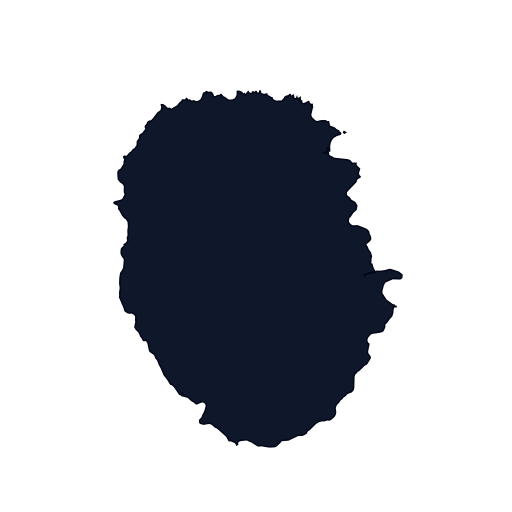 Aneityum, Tafea, Vanuatu (Mercator projection), rotated 239°
{"feature_id": "77236927B63418931336998", "entity_name": "Aneityum", "entity_type": "district", "adm_level": 2, "iso_a3": "VUT", "parent_name": "Vanuatu", "parent_adm1": "Tafea", "projection": "mercator", "projection_center": [169.832, -20.195], "detail": "fine", "context": "isolated", "style": "filled", "palette": "ink", "viewbox_px": 512, "rotation_deg": 239, "n_neighbors": 0, "source": "geoboundaries", "source_scale": "gbopen_adm2", "svg_char_len": 6133}
<svg xmlns="http://www.w3.org/2000/svg" viewBox="0 0 512 512"><g transform="rotate(239 256 256)"><path d="M274.3,386.2L277.4,389.6L282.1,388.3L282.8,388.6L283.9,389.5L286.3,385.7L287.9,385.8L289.5,385.4L291.0,384.3L299.7,372.9L301.5,372.2L303.3,370.8L304.6,370.4L306.3,370.2L306.7,371.0L307.4,371.2L308.4,370.0L309.0,367.5L309.7,366.5L308.8,371.5L309.1,371.8L311.6,372.5L310.4,373.1L308.2,372.8L308.1,373.2L312.6,375.7L315.5,378.3L317.5,381.8L317.9,383.4L317.9,387.0L317.0,390.9L317.3,391.6L318.3,391.7L319.3,391.1L320.6,391.3L323.1,389.7L325.1,389.2L330.0,385.6L331.3,386.5L333.7,387.3L334.5,385.4L335.6,385.6L336.9,384.1L338.4,381.2L339.6,377.5L340.1,376.9L342.1,375.8L344.0,375.5L344.4,375.0L346.9,374.9L349.0,375.5L355.0,381.4L355.8,381.2L356.4,382.0L357.0,382.3L357.2,382.1L357.1,380.8L358.3,380.9L358.9,380.3L360.7,380.7L361.4,380.5L361.5,377.1L362.0,375.3L362.9,374.1L363.3,374.0L365.5,374.9L366.3,373.4L367.2,374.5L369.1,375.4L368.7,373.6L369.5,373.4L369.9,372.3L370.9,372.7L370.1,371.5L370.6,370.5L371.8,369.8L372.8,370.1L372.7,369.1L373.1,369.0L374.2,370.7L374.6,370.8L374.7,368.6L375.8,367.7L376.6,368.5L376.9,368.3L376.6,366.1L377.2,364.8L376.4,364.3L376.3,363.7L377.4,363.1L376.4,361.3L375.5,358.3L375.6,357.5L378.4,352.7L380.2,351.4L381.6,350.9L383.4,351.2L384.3,350.2L385.7,349.7L386.5,348.9L388.2,348.4L389.4,348.6L390.0,346.4L392.2,344.0L393.7,343.9L394.9,344.6L395.4,344.5L395.3,344.0L394.0,343.2L393.9,342.6L394.8,341.0L395.8,340.6L396.6,340.9L397.0,340.7L396.9,338.4L398.2,338.0L398.4,337.6L397.4,336.2L397.4,335.7L399.3,333.9L400.8,333.9L399.5,330.3L399.5,329.3L401.2,329.7L401.3,328.0L401.7,327.7L403.3,328.1L405.0,327.1L406.5,325.5L406.7,324.9L406.2,324.4L404.4,323.5L402.9,322.0L401.4,319.3L401.6,316.4L402.7,314.0L404.3,312.2L407.9,310.9L408.9,309.9L412.4,309.2L412.5,308.8L412.1,308.1L413.3,305.5L413.2,303.4L414.1,302.0L414.7,301.8L417.4,302.2L419.2,301.9L420.0,301.1L420.5,299.5L422.5,298.1L422.4,297.5L421.5,296.8L422.4,295.8L422.5,294.8L420.8,293.1L418.4,289.8L418.0,286.8L419.0,284.0L420.1,283.0L421.0,282.7L421.7,280.5L423.9,279.4L424.1,278.4L424.4,278.1L426.7,277.6L426.2,275.5L426.3,274.9L427.5,273.7L427.6,273.1L426.7,272.2L426.5,269.8L425.1,266.0L425.2,258.5L427.0,258.1L427.6,256.7L428.7,255.6L431.4,255.2L433.5,254.2L434.4,253.0L434.3,252.6L433.2,252.6L432.0,252.0L429.4,249.5L429.3,245.8L426.5,238.9L425.7,236.0L426.5,233.6L426.3,232.1L425.1,230.6L424.3,228.2L423.7,227.6L421.7,227.3L421.2,226.8L420.2,223.9L419.6,223.4L419.2,218.6L416.9,216.9L415.9,215.2L415.4,213.5L411.7,210.9L411.2,209.3L410.5,208.3L410.3,205.5L409.4,203.4L409.1,200.5L407.9,197.0L408.1,196.0L409.3,194.6L409.2,193.8L408.0,193.3L407.3,193.6L406.4,193.6L404.9,191.8L402.6,190.3L399.9,185.1L400.0,182.6L399.3,181.3L398.0,180.3L392.8,177.6L389.5,178.0L386.6,179.3L383.9,179.5L378.6,176.2L376.1,175.7L373.7,171.9L373.1,170.3L373.4,168.2L375.1,162.7L374.7,161.6L373.4,162.0L370.7,164.1L367.6,163.3L367.3,162.7L367.0,162.6L365.6,162.9L359.6,162.6L355.9,163.3L355.0,164.1L351.1,164.1L346.9,162.0L343.7,159.4L339.4,157.1L337.8,155.1L335.1,154.0L333.8,151.7L333.6,148.8L332.4,148.6L331.6,144.7L330.3,143.5L327.9,141.9L326.6,141.6L324.8,141.4L321.7,141.7L320.4,141.3L313.8,136.5L312.2,134.0L311.0,131.3L307.6,128.4L302.6,125.1L298.4,123.3L294.5,120.1L292.4,119.1L290.8,117.9L279.2,116.3L277.0,115.6L275.9,115.7L273.5,116.9L272.2,118.2L271.6,119.9L270.2,121.0L268.6,121.8L267.3,122.0L265.7,121.7L262.9,119.8L261.7,119.5L257.4,115.6L254.5,115.6L251.6,116.4L248.9,116.4L246.8,115.9L244.8,116.2L241.7,116.0L241.1,116.7L240.9,117.7L240.3,118.1L239.2,118.6L237.3,118.7L229.7,116.1L228.7,116.1L223.7,118.3L220.1,117.7L217.6,118.1L212.6,117.3L208.4,117.1L201.4,116.1L195.6,116.8L190.2,116.8L188.9,117.9L186.0,118.8L176.8,119.3L175.9,120.2L176.5,121.7L176.2,122.6L175.7,122.2L175.5,120.5L174.8,120.3L170.1,124.9L165.0,126.5L162.5,127.9L160.3,128.5L159.8,129.0L159.3,133.1L158.6,135.4L157.1,136.4L155.4,136.9L153.3,136.5L149.7,132.9L147.7,130.1L147.2,129.0L145.2,126.5L144.3,123.2L142.5,122.2L141.4,122.1L138.9,124.4L136.8,129.8L134.7,131.6L130.4,133.0L128.9,134.1L126.2,135.1L116.6,138.0L111.7,137.8L111.1,138.4L110.8,139.3L107.0,142.0L106.4,142.3L103.9,142.2L104.1,143.2L105.1,143.7L106.1,144.7L106.2,146.3L105.8,148.1L103.4,153.1L102.2,154.4L100.7,155.1L99.5,156.3L92.2,160.0L90.6,163.1L85.6,169.0L83.1,173.6L82.8,175.6L83.9,180.5L84.6,182.2L84.6,183.1L81.7,188.9L80.7,199.5L78.5,203.6L78.2,206.4L78.4,208.0L79.3,209.2L79.7,210.4L79.8,212.5L81.8,220.9L81.9,223.9L81.1,227.3L79.8,229.5L78.8,233.2L77.6,234.3L77.7,237.5L78.5,240.7L79.6,242.4L81.4,243.9L84.6,245.2L85.6,246.0L87.5,248.7L88.1,251.4L89.2,253.6L89.6,256.2L90.3,257.9L90.4,260.2L91.3,263.3L90.5,268.0L91.3,270.3L92.8,271.8L102.1,277.7L103.8,279.5L105.0,283.8L105.0,285.8L106.7,292.5L106.6,295.4L109.8,301.3L111.1,301.9L114.2,301.5L115.8,301.8L117.0,302.5L122.4,307.4L124.1,306.8L126.4,307.2L128.6,309.1L130.1,313.1L130.2,315.4L127.2,322.6L126.5,325.0L126.6,326.5L129.0,329.9L130.0,330.2L131.3,331.4L132.1,334.5L133.8,338.2L134.6,341.2L136.7,343.7L139.6,345.8L141.2,347.4L141.3,348.1L140.4,350.0L140.7,350.1L141.5,349.1L142.5,349.3L144.0,347.8L151.2,344.8L159.1,344.5L161.3,345.7L165.7,350.2L167.3,353.2L166.3,361.4L162.4,367.5L162.1,368.4L162.5,369.8L164.6,371.4L168.7,369.9L174.5,364.9L175.6,363.6L177.0,358.7L178.6,355.0L180.9,351.2L181.0,349.7L180.4,348.8L181.3,347.4L182.8,343.7L183.4,341.3L183.1,338.6L184.0,338.6L184.2,339.0L183.9,339.4L184.2,341.1L183.5,341.9L183.3,344.5L182.9,345.1L182.5,347.3L181.6,349.0L181.7,349.8L185.8,350.1L189.4,351.1L189.9,350.7L190.3,349.7L190.8,349.6L192.0,351.5L194.6,353.0L196.2,354.7L200.0,355.7L203.7,355.4L206.2,355.8L209.8,355.8L210.6,361.1L211.3,362.7L212.5,363.5L214.2,364.0L217.0,364.2L218.3,364.9L219.6,364.9L221.8,364.4L229.4,358.7L232.1,354.0L234.6,352.8L237.4,352.6L238.4,352.9L240.9,355.0L241.5,357.3L243.5,361.4L244.3,365.6L247.2,368.3L251.0,368.3L254.8,366.1L258.2,365.9L260.2,364.8L261.9,364.8L263.7,365.8L264.3,366.4L265.1,368.4L268.1,379.6L270.2,382.3L270.1,385.7L270.4,386.1L272.1,385.6L274.3,386.2ZM315.8,395.0L315.8,396.4L317.3,395.6L317.0,394.8L315.8,395.0Z" fill="#0f172a" stroke="#020617" stroke-width="1.5"/></g></svg>